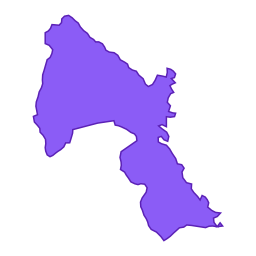 Novo Horizonte, Santa Catarina, Brazil (Natural Earth projection)
{"feature_id": "56859067B82387825631279", "entity_name": "Novo Horizonte", "entity_type": "district", "adm_level": 2, "iso_a3": "BRA", "parent_name": "Brazil", "parent_adm1": "Santa Catarina", "projection": "natural_earth1", "projection_center": [-52.783, -26.5], "detail": "fine", "context": "isolated", "style": "filled", "palette": "violet", "viewbox_px": 256, "rotation_deg": 0, "n_neighbors": 0, "source": "geoboundaries", "source_scale": "gbopen_adm2", "svg_char_len": 2335}
<svg xmlns="http://www.w3.org/2000/svg" viewBox="0 0 256 256"><path d="M217.2,226.7L214.0,222.4L213.5,218.1L217.3,216.5L220.5,213.0L215.5,212.4L211.7,210.4L207.7,207.1L208.7,202.8L207.3,199.8L205.3,197.1L202.1,195.5L200.1,200.0L197.6,196.5L193.8,192.5L191.3,188.8L191.6,184.0L186.5,182.7L182.8,177.7L182.0,172.0L184.1,168.2L181.7,164.7L177.4,163.8L175.7,158.6L172.2,153.4L169.6,148.9L166.4,145.2L161.4,143.7L158.3,141.9L158.2,137.4L161.3,136.4L164.0,139.8L167.7,141.3L168.8,136.4L166.7,132.2L161.9,128.7L158.6,125.9L162.0,124.6L166.4,126.7L166.4,120.9L166.4,116.7L170.3,117.2L174.5,116.6L175.6,113.2L172.7,112.9L168.6,111.5L170.4,105.8L167.3,102.3L168.2,97.9L170.6,93.7L173.7,92.4L171.5,89.0L169.9,85.6L172.5,84.0L175.3,82.8L171.3,78.5L174.4,77.6L175.6,73.9L173.3,71.1L170.7,69.3L167.1,68.3L167.3,72.5L166.2,77.0L162.5,76.1L157.4,75.2L155.1,80.4L152.5,84.5L148.3,86.5L145.4,84.1L143.1,78.7L138.8,75.1L136.3,71.2L132.3,70.0L128.7,67.6L127.5,64.1L124.7,62.2L120.3,59.8L117.8,55.3L114.1,52.7L109.3,52.1L105.9,50.2L104.6,47.1L102.4,43.8L98.8,41.9L95.6,41.9L93.6,39.5L89.9,37.3L87.4,33.4L83.6,30.6L80.3,26.9L78.2,23.0L75.2,20.8L72.2,17.8L68.6,15.4L64.5,16.2L61.8,18.9L61.5,22.6L59.1,25.2L52.0,24.6L50.5,28.4L48.3,31.0L45.2,32.7L45.2,43.6L49.2,45.3L52.7,49.7L51.9,53.6L50.1,57.5L47.2,59.6L44.1,70.4L42.7,74.8L42.4,80.0L42.7,83.7L41.4,87.8L39.2,91.9L38.1,96.7L36.3,101.9L35.9,106.2L36.7,110.4L37.5,114.7L33.4,116.4L34.4,122.0L37.5,125.4L39.8,128.3L40.1,132.2L43.1,135.3L45.5,139.3L45.8,143.7L45.2,147.6L45.7,151.1L47.2,154.9L50.0,156.7L52.8,155.4L55.6,153.1L58.0,151.3L60.6,149.7L63.8,146.9L65.7,142.9L69.7,142.8L71.3,137.6L72.6,133.1L72.8,129.6L97.6,123.1L113.9,120.7L115.2,125.1L118.4,125.7L121.5,126.9L126.6,129.3L130.9,132.4L134.5,133.9L136.4,136.5L136.9,140.7L121.1,151.7L120.0,157.4L121.1,162.0L121.3,165.4L120.5,169.5L124.6,172.1L126.3,175.1L128.4,178.0L130.9,181.9L134.9,183.8L138.0,184.6L140.8,183.7L144.7,184.2L147.1,187.7L146.2,192.2L142.2,197.9L140.5,202.1L140.8,206.8L142.3,210.0L144.0,215.2L146.3,218.8L147.7,222.0L148.6,225.6L151.2,229.4L156.5,232.1L160.8,236.4L163.9,240.6L167.4,238.4L170.3,236.2L173.6,233.0L176.1,230.8L179.4,227.8L183.8,227.1L186.7,225.0L191.3,225.4L205.6,227.6L209.0,226.2L212.6,226.0L217.2,226.7ZM217.2,226.7L222.6,226.0L220.1,222.8L217.2,226.7Z" fill="#8b5cf6" stroke="#5b21b6" stroke-width="1.5"/></svg>